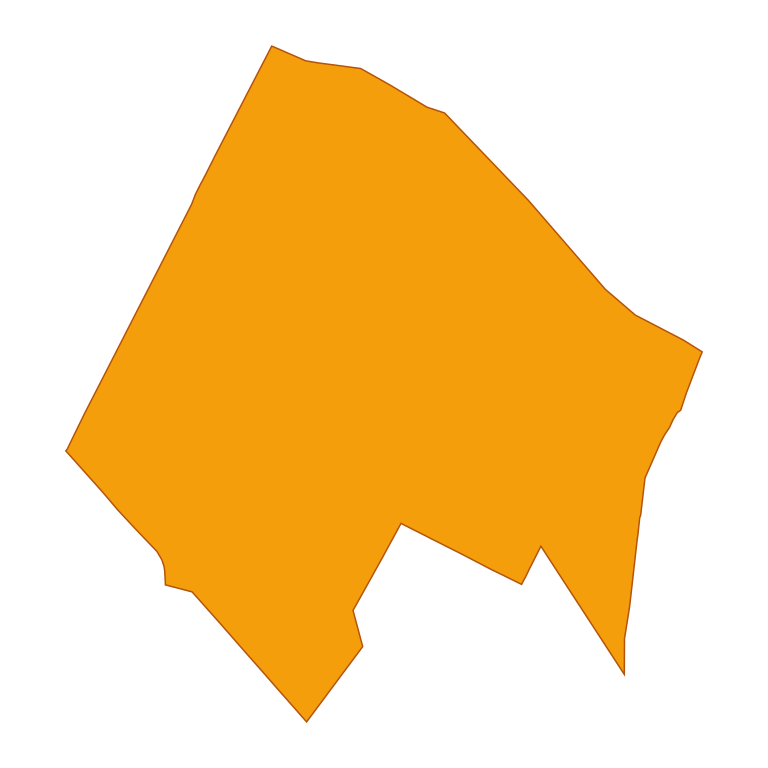 outline of San Miguel Xoxtla, Puebla, Mexico
{"feature_id": "50627088B55674968003410", "entity_name": "San Miguel Xoxtla", "entity_type": "district", "adm_level": 2, "iso_a3": "MEX", "parent_name": "Mexico", "parent_adm1": "Puebla", "projection": "orthographic", "projection_center": [-98.306, 19.172], "detail": "fine", "context": "isolated", "style": "filled", "palette": "amber", "viewbox_px": 768, "rotation_deg": 0, "n_neighbors": 0, "source": "geoboundaries", "source_scale": "gbopen_adm2", "svg_char_len": 1426}
<svg xmlns="http://www.w3.org/2000/svg" viewBox="0 0 768 768"><path d="M165.4,584.9L192.1,591.9L211.4,613.6L219.4,622.6L241.1,647.4L264.2,673.6L277.5,688.9L291.2,704.4L297.4,711.4L298.1,712.3L306.6,721.9L310.4,716.8L326.3,695.5L327.6,693.7L344.2,671.4L362.2,647.3L362.7,646.6L353.0,610.3L353.7,609.2L374.3,572.3L374.4,572.0L380.1,561.8L383.0,556.6L384.6,553.5L386.1,550.8L387.8,547.7L390.4,542.9L395.3,533.9L401.0,523.4L414.4,530.2L423.4,534.7L431.7,539.0L438.9,542.6L462.1,554.3L462.7,554.6L492.0,569.9L499.3,573.4L521.6,584.4L524.3,579.1L525.3,577.5L529.9,567.9L530.5,566.8L540.6,546.8L540.9,546.2L564.4,582.4L596.5,631.7L623.7,673.5L624.3,674.4L624.5,638.7L627.7,618.6L629.5,607.3L630.5,598.8L637.3,538.6L637.8,535.6L639.7,517.8L640.7,515.0L645.0,478.0L660.7,442.1L664.7,434.6L669.5,427.5L673.0,419.8L677.2,412.7L680.7,410.2L686.0,394.1L686.1,393.7L699.5,358.4L702.2,351.9L683.4,340.1L635.3,315.1L605.3,289.3L528.5,200.5L444.6,113.0L427.0,107.2L390.3,85.2L375.6,76.9L360.6,68.5L318.3,62.9L305.6,60.8L274.4,47.2L271.7,46.1L268.0,53.3L214.3,157.2L213.1,159.7L209.0,167.8L205.4,175.0L205.0,175.7L201.7,182.0L201.2,182.8L195.4,194.3L193.7,198.9L191.5,204.5L161.9,262.4L133.3,318.2L115.3,353.5L98.0,387.3L86.1,410.5L85.3,412.0L71.2,440.9L67.2,449.2L65.8,450.9L102.8,492.3L117.9,510.1L135.4,528.9L156.9,551.4L161.8,559.7L164.0,566.2L164.7,570.9L165.1,578.1L165.4,584.9Z" fill="#f59e0b" stroke="#b45309" stroke-width="1.5"/></svg>